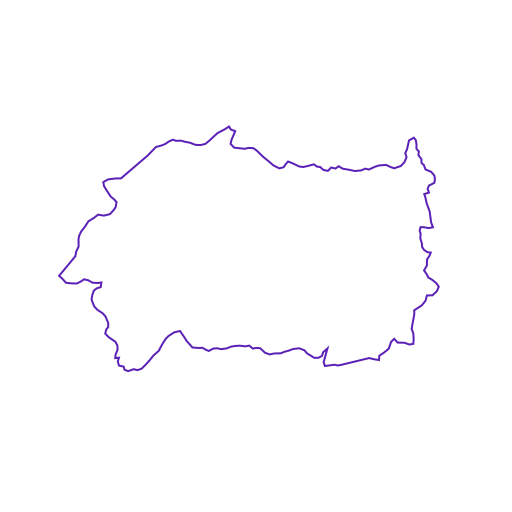 Itirapina, São Paulo, Brazil (Albers equal-area conic projection), rotated 253°
{"feature_id": "56859067B43093187714346", "entity_name": "Itirapina", "entity_type": "district", "adm_level": 2, "iso_a3": "BRA", "parent_name": "Brazil", "parent_adm1": "São Paulo", "projection": "albers", "projection_center": [-47.835, -22.292], "detail": "fine", "context": "isolated", "style": "outline", "palette": "violet", "viewbox_px": 512, "rotation_deg": 253, "n_neighbors": 0, "source": "geoboundaries", "source_scale": "gbopen_adm2", "svg_char_len": 3147}
<svg xmlns="http://www.w3.org/2000/svg" viewBox="0 0 512 512"><g transform="rotate(253 256 256)"><path d="M294.6,61.9L291.0,64.1L285.9,66.5L283.5,72.3L282.1,76.7L282.8,81.0L284.0,84.7L281.9,88.4L278.3,91.8L276.4,96.9L275.9,100.4L271.7,98.4L271.6,94.1L270.3,90.8L266.8,88.2L262.5,86.0L255.3,86.5L251.2,88.4L245.8,92.8L242.0,94.4L235.2,95.1L231.3,93.9L229.4,91.2L225.8,89.1L221.7,91.3L219.0,93.3L215.2,96.4L211.0,97.3L206.8,96.2L203.1,93.1L199.5,91.5L198.8,95.2L195.6,93.0L191.3,92.9L188.9,97.1L185.7,97.0L183.3,100.1L183.5,106.0L181.5,109.3L181.7,113.8L185.0,119.9L187.7,124.3L190.8,128.8L193.7,135.2L199.2,140.7L203.2,145.5L205.1,149.0L206.9,155.5L206.5,161.4L199.6,163.6L194.9,164.9L191.2,166.6L187.1,168.5L185.0,173.7L183.8,178.1L181.3,180.3L179.0,183.1L180.0,188.2L179.0,192.1L177.1,195.5L176.2,200.9L176.6,205.5L176.1,209.6L175.0,214.2L172.7,219.4L172.3,223.3L168.4,225.9L168.0,229.5L166.5,233.1L160.9,236.3L157.9,240.2L157.5,244.7L155.7,251.3L156.1,255.1L155.9,259.1L156.2,264.3L155.1,270.4L151.7,274.7L147.7,276.5L145.1,278.9L141.6,281.9L140.4,286.0L141.2,289.9L144.4,292.2L146.7,297.3L134.8,289.7L130.7,289.7L129.0,299.5L127.3,302.4L126.9,307.1L125.3,334.4L123.3,337.7L120.5,343.2L124.6,344.8L126.1,349.9L128.5,355.8L134.4,360.1L136.4,364.0L131.8,366.1L129.6,372.7L126.5,376.8L126.0,380.7L130.1,382.4L136.0,383.8L140.7,383.5L144.7,385.5L153.9,390.3L157.8,391.4L158.9,395.1L160.3,400.1L163.7,405.1L168.3,407.9L166.8,413.3L169.5,418.7L173.2,421.8L177.3,420.5L181.5,417.7L185.1,414.5L188.3,414.0L193.1,412.5L196.9,416.6L202.9,418.7L205.6,422.1L208.2,424.1L209.6,420.9L212.9,418.4L216.1,417.5L219.4,418.3L224.8,418.3L229.1,419.9L232.3,419.9L235.5,421.8L234.4,425.1L232.3,429.0L231.7,433.6L236.9,433.3L241.3,434.0L247.9,435.1L256.5,434.6L262.2,435.1L266.0,435.0L266.1,440.0L269.9,439.7L272.8,442.0L273.8,447.9L277.1,449.6L280.7,450.1L285.3,448.1L289.2,443.4L293.9,443.1L296.6,441.5L300.4,442.5L304.9,440.8L308.3,442.3L311.7,440.8L315.8,442.1L319.9,442.7L323.0,441.5L321.8,436.1L317.3,433.6L313.9,431.6L310.7,428.8L306.3,428.8L302.1,425.1L299.7,420.7L299.5,413.8L301.6,410.9L305.1,407.0L305.9,403.4L306.7,399.7L306.5,395.3L305.7,389.2L307.6,386.0L307.1,381.8L308.3,375.5L311.2,370.3L314.1,364.5L317.7,361.2L316.4,357.6L318.6,353.8L316.4,349.6L318.6,345.6L322.3,343.4L323.7,340.4L326.7,338.2L327.0,330.8L327.3,327.2L328.9,323.6L333.7,318.4L337.0,314.3L335.2,311.3L332.8,308.4L333.0,303.9L337.6,299.1L343.2,295.6L348.3,292.1L351.3,290.4L356.5,287.6L359.9,285.0L361.6,280.2L361.8,276.7L364.2,270.9L366.1,266.7L370.7,264.5L374.5,266.7L378.8,270.4L381.5,272.6L384.3,268.9L387.7,268.1L386.3,263.2L384.8,255.2L382.7,250.7L380.0,245.2L378.0,240.4L378.3,235.4L380.0,230.6L383.6,226.0L386.0,221.5L388.3,217.8L389.5,213.2L391.5,210.6L391.0,206.3L389.6,201.6L389.3,197.8L389.5,192.2L383.8,181.9L369.7,149.6L371.3,144.0L372.5,136.9L371.3,131.6L367.3,131.1L363.8,132.0L359.8,133.1L355.2,134.5L351.6,136.9L348.3,138.4L343.7,136.0L341.3,132.9L338.7,128.5L339.1,122.3L341.7,117.1L339.8,112.1L338.2,105.9L333.9,100.8L330.4,95.8L326.9,92.7L324.0,91.2L320.2,90.1L316.9,89.1L312.9,85.4L308.6,83.2L294.6,61.9Z" fill="none" stroke="#5b21b6" stroke-width="2"/></g></svg>